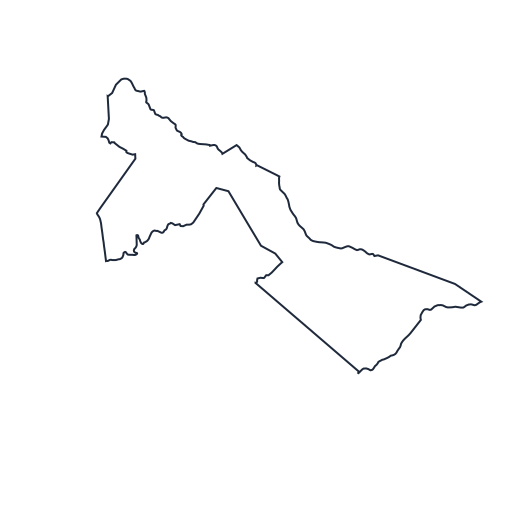 Bois Joli, Dennery, Saint Lucia (Natural Earth projection), rotated 214°
{"feature_id": "8701671B16318499791123", "entity_name": "Bois Joli", "entity_type": "district", "adm_level": 2, "iso_a3": "LCA", "parent_name": "Saint Lucia", "parent_adm1": "Dennery", "projection": "natural_earth1", "projection_center": [-60.911, 13.922], "detail": "fine", "context": "isolated", "style": "outline", "palette": "slate", "viewbox_px": 512, "rotation_deg": 214, "n_neighbors": 0, "source": "geoboundaries", "source_scale": "gbopen_adm2", "svg_char_len": 6063}
<svg xmlns="http://www.w3.org/2000/svg" viewBox="0 0 512 512"><g transform="rotate(214 256 256)"><path d="M467.9,319.7L466.4,310.7L468.1,305.5L468.3,305.5L454.6,287.4L452.3,282.2L452.3,280.4L452.5,275.5L452.1,271.5L450.9,268.6L447.1,270.8L444.8,270.6L442.9,269.5L441.0,267.9L439.7,267.9L439.5,269.5L437.0,271.0L436.4,270.6L430.3,270.1L426.3,270.6L422.3,270.8L421.7,269.7L420.2,269.5L415.0,271.0L413.1,272.8L410.4,269.2L410.5,265.9L411.9,208.4L411.9,202.5L411.0,201.9L410.1,201.5L408.1,200.7L407.0,200.1L405.7,199.2L402.8,196.5L400.3,193.6L396.5,189.4L392.4,184.7L389.6,181.7L388.1,179.9L383.7,175.0L377.5,167.9L376.9,168.6L376.4,168.8L376.1,169.0L375.8,169.5L375.4,170.2L375.3,170.6L374.7,171.3L373.9,171.9L373.4,172.0L372.8,172.3L372.1,172.8L371.5,173.2L369.9,174.3L368.4,176.1L367.1,177.3L366.8,177.7L366.5,178.4L366.1,179.3L366.0,180.1L366.4,182.2L366.9,183.4L367.4,184.2L367.5,184.7L367.4,185.0L366.9,186.1L366.6,186.3L366.2,186.4L364.5,185.8L363.4,185.5L363.1,185.5L362.6,185.7L361.3,186.4L360.4,187.0L359.1,187.9L358.6,188.1L357.1,189.0L356.7,189.4L356.4,189.8L356.0,190.7L355.9,191.5L356.2,191.8L356.5,191.8L358.0,191.3L358.8,191.3L359.6,191.5L360.3,192.2L360.8,193.6L360.5,195.3L360.5,196.7L361.0,198.4L366.7,206.3L366.6,206.5L366.3,206.8L365.7,207.1L365.2,207.0L364.9,206.8L364.5,206.5L364.1,205.9L363.8,205.6L361.5,204.6L361.1,204.3L360.6,203.8L359.0,202.8L358.3,202.5L357.2,202.4L356.8,202.5L356.6,202.6L356.3,202.9L356.2,203.4L356.4,204.1L356.4,204.4L355.7,205.4L354.7,207.5L354.5,209.2L354.5,210.5L355.0,212.6L355.7,217.0L355.6,217.5L355.5,218.3L355.1,219.3L354.6,220.1L354.2,220.5L353.8,220.6L352.7,221.0L351.8,221.7L351.2,221.8L350.6,221.9L349.3,222.1L348.6,222.2L347.9,222.3L347.0,222.6L346.5,223.1L346.2,223.7L346.1,224.2L346.1,225.3L346.2,225.7L346.2,226.0L345.5,227.6L345.4,228.0L345.6,229.6L346.0,230.6L346.4,232.3L346.4,232.9L346.4,233.4L345.4,234.9L345.2,235.4L345.2,235.7L343.7,236.3L340.4,236.3L337.1,239.7L335.3,238.7L333.1,239.9L331.1,243.1L328.9,244.6L327.5,246.1L326.7,248.7L326.7,259.4L327.5,268.4L328.4,269.4L326.9,290.2L315.1,294.3L282.6,279.0L257.6,267.3L241.4,268.8L230.8,265.6L231.1,264.5L231.6,262.5L232.4,259.0L233.7,251.0L234.9,247.0L236.8,245.8L237.0,242.4L237.6,241.8L240.1,240.5L242.2,238.2L241.6,236.6L240.7,235.3L240.8,233.8L241.3,233.6L241.2,233.5L241.2,233.4L106.1,217.7L105.8,215.4L105.4,216.8L104.5,221.4L103.9,222.8L101.8,224.4L99.5,225.1L97.3,225.2L96.2,226.3L95.7,227.5L95.7,229.6L95.8,231.1L95.2,233.4L95.1,235.2L95.3,236.3L94.9,237.6L94.1,239.0L93.3,240.6L92.2,241.7L91.4,243.0L90.2,244.9L89.1,247.0L88.5,248.8L87.6,249.6L86.5,251.0L85.7,252.7L85.5,254.4L85.7,256.2L85.7,258.7L85.6,260.9L86.0,262.6L86.7,264.5L86.8,266.5L86.7,268.6L86.2,271.4L85.5,274.2L85.1,276.1L84.8,278.3L83.6,295.2L85.0,296.6L85.9,298.1L86.4,299.2L86.7,302.3L86.7,304.9L86.0,306.4L84.1,307.8L82.0,308.4L81.0,309.2L80.5,310.8L79.8,313.9L77.9,316.8L75.3,318.7L73.6,319.5L69.8,320.0L68.1,320.7L65.6,322.5L63.9,323.9L62.4,325.4L57.3,327.8L55.4,329.1L54.8,330.2L54.1,332.4L52.5,334.7L50.8,336.1L49.7,336.6L48.0,337.1L47.1,337.5L46.1,338.7L45.4,340.6L44.8,342.2L44.3,343.2L43.7,344.1L75.4,344.1L155.2,324.8L157.6,322.4L157.8,322.2L158.0,322.3L159.7,323.0L160.1,323.0L160.3,323.0L160.7,322.8L161.3,322.3L162.7,320.8L163.3,320.6L163.9,320.5L165.1,320.4L165.6,320.4L167.7,320.7L168.7,320.8L169.0,320.8L170.6,320.8L171.6,320.7L172.7,320.3L173.5,319.8L174.1,319.2L174.6,318.4L175.4,317.5L175.7,317.3L176.7,317.1L177.9,316.9L180.6,316.7L183.1,316.3L184.5,316.0L185.3,315.5L186.0,314.8L186.4,314.3L187.7,312.4L188.9,310.6L189.7,309.8L190.5,309.4L194.0,308.0L195.0,307.7L196.1,307.4L196.6,307.3L199.4,307.3L201.4,307.0L203.6,306.5L205.2,306.1L206.2,305.7L207.1,305.2L208.9,304.2L211.1,302.9L212.1,302.4L214.3,301.4L215.8,300.8L217.5,300.2L218.3,300.1L218.9,300.1L219.3,300.0L219.8,300.0L221.5,300.5L224.9,301.0L225.6,301.2L226.4,301.6L229.4,303.7L230.5,304.3L231.6,304.8L235.4,305.3L236.4,305.4L238.1,305.8L238.8,306.1L239.8,306.5L240.1,306.8L240.4,306.9L241.9,308.1L243.4,309.4L244.3,310.0L245.9,310.7L247.9,311.3L249.5,311.9L252.7,313.3L253.9,314.0L256.0,315.6L257.1,316.8L259.6,319.2L260.7,320.1L261.5,320.7L262.9,321.3L265.7,322.9L266.9,323.4L267.6,323.6L268.0,323.6L270.1,324.0L271.3,324.2L272.8,324.5L273.4,324.7L274.1,325.3L274.6,325.9L276.0,327.3L277.2,328.7L277.9,329.6L278.7,331.0L280.3,333.2L281.0,334.6L281.1,335.0L305.9,331.8L306.3,331.1L306.7,331.8L308.3,332.7L309.6,332.7L311.0,332.3L314.5,332.0L318.2,332.3L319.1,333.0L321.7,334.1L325.9,334.7L327.8,335.3L330.5,336.7L334.1,337.1L341.0,321.9L341.6,322.4L342.6,322.8L344.7,323.1L346.8,323.3L347.9,323.7L349.4,324.7L350.4,325.1L351.4,325.1L352.5,324.8L353.4,324.2L355.8,321.7L356.2,322.1L356.4,322.2L357.1,321.8L359.8,320.6L364.6,317.8L366.1,317.0L366.9,316.7L367.7,316.4L368.0,316.4L369.6,316.4L370.0,316.4L370.4,316.2L371.9,315.4L373.8,314.9L376.1,314.0L376.5,313.9L377.3,313.8L380.6,313.5L381.8,313.5L383.0,313.9L384.6,313.9L385.4,314.2L385.7,314.5L385.6,315.0L385.7,315.4L386.1,315.7L387.2,316.2L388.4,316.3L391.1,315.8L391.5,315.8L391.9,315.9L393.7,316.9L394.4,317.4L394.7,317.7L395.3,318.9L395.8,319.6L396.2,319.9L396.5,320.0L397.4,320.0L399.0,320.0L402.0,320.2L402.8,320.4L404.0,320.8L404.8,321.0L405.5,321.3L405.9,321.3L406.7,321.2L407.1,321.1L407.9,320.8L408.8,320.0L410.0,318.8L410.7,318.4L411.1,318.2L411.5,318.1L412.3,318.1L413.5,318.3L414.0,318.2L415.1,318.0L415.9,318.1L416.3,318.0L417.8,317.5L418.6,317.4L419.0,317.5L419.3,317.7L421.8,319.5L422.1,319.7L422.5,319.7L423.7,319.2L424.4,318.8L424.8,318.7L425.2,318.6L425.6,318.7L425.9,318.9L429.0,321.1L429.8,321.6L430.5,321.8L431.3,321.9L432.5,321.9L432.9,322.0L433.2,322.3L433.4,322.7L433.4,323.1L434.6,324.9L435.2,325.6L435.8,326.2L438.6,328.1L438.9,328.4L439.7,329.5L440.0,329.8L440.7,330.2L440.9,330.4L441.1,330.4L443.5,327.8L444.6,327.3L445.8,326.9L446.9,326.4L448.1,326.1L448.7,326.2L449.4,326.4L450.4,327.1L452.3,328.0L455.5,329.9L457.4,330.8L458.2,331.0L458.6,331.0L460.6,331.0L461.3,331.0L462.4,330.6L464.2,329.5L464.9,328.9L466.0,327.6L466.4,327.1L467.9,319.7Z" fill="none" stroke="#1e293b" stroke-width="2"/></g></svg>